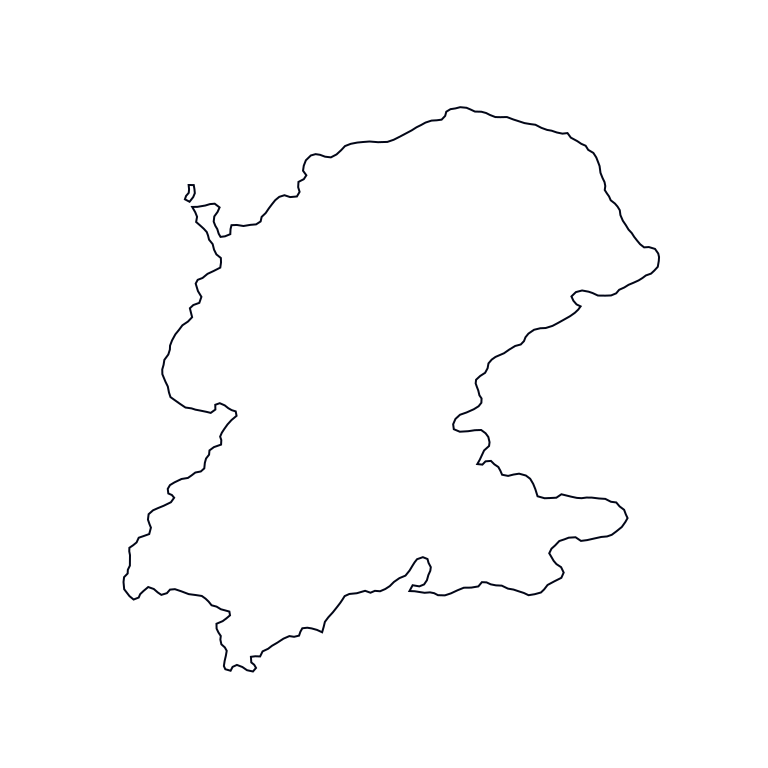 Ferros, Minas Gerais, Brazil, rotated 259°
{"feature_id": "56859067B7555169296661", "entity_name": "Ferros", "entity_type": "district", "adm_level": 2, "iso_a3": "BRA", "parent_name": "Brazil", "parent_adm1": "Minas Gerais", "projection": "equal_earth", "projection_center": [-42.959, -19.247], "detail": "fine", "context": "isolated", "style": "outline", "palette": "ink", "viewbox_px": 768, "rotation_deg": 259, "n_neighbors": 0, "source": "geoboundaries", "source_scale": "gbopen_adm2", "svg_char_len": 6062}
<svg xmlns="http://www.w3.org/2000/svg" viewBox="0 0 768 768"><g transform="rotate(259 384 384)"><path d="M570.9,633.6L574.9,629.1L579.4,627.4L582.1,623.5L585.5,620.1L590.2,614.4L595.3,612.0L595.7,607.0L597.9,601.7L600.7,596.8L602.3,592.6L605.4,587.4L609.6,582.1L611.1,577.6L613.3,571.7L616.8,565.4L619.0,561.4L622.6,555.6L623.7,549.2L624.8,544.2L627.9,539.3L630.5,536.0L632.7,531.5L634.1,525.2L636.9,521.4L639.4,517.7L641.2,511.6L640.9,506.7L641.1,501.7L639.4,497.1L635.5,495.2L632.5,491.0L632.8,486.1L633.5,480.9L632.7,474.6L631.1,469.7L629.8,464.9L627.7,459.6L625.9,453.7L623.6,446.1L621.9,440.1L621.0,433.5L622.5,424.3L624.8,416.1L625.6,409.1L626.1,403.8L626.1,397.2L625.0,391.1L621.8,386.7L618.4,381.2L616.6,375.1L618.4,369.5L621.2,364.9L622.7,360.7L622.3,355.8L618.5,350.0L613.6,346.9L608.8,345.2L603.7,347.6L600.4,344.4L598.7,338.6L593.6,337.3L588.7,337.8L584.7,334.3L585.4,327.5L588.3,322.3L587.7,316.9L585.2,312.3L581.8,308.3L578.3,304.4L574.4,300.5L571.4,295.8L567.1,293.9L565.1,288.9L565.7,283.3L565.9,276.2L568.2,269.9L569.0,264.6L565.3,262.9L560.4,261.7L559.3,256.1L559.6,251.6L563.1,250.4L567.9,249.9L571.5,248.6L575.9,247.8L580.9,249.4L584.6,253.4L588.7,256.3L593.3,252.2L593.8,247.5L593.3,242.6L593.5,234.7L594.4,229.5L588.6,231.5L583.8,232.4L578.9,230.5L574.8,233.7L570.8,236.7L567.0,239.0L563.3,239.6L559.1,239.8L554.0,242.5L548.3,242.8L543.2,244.2L538.8,247.9L534.4,247.2L529.5,245.5L527.4,238.2L525.8,231.8L522.7,226.1L521.8,221.0L518.5,218.3L510.7,219.1L504.4,221.4L498.9,218.2L497.9,211.9L495.4,207.9L491.1,208.1L486.2,208.4L482.7,203.5L480.1,197.3L476.1,192.9L472.6,188.7L467.3,184.3L462.5,181.3L458.7,180.4L454.1,177.9L449.6,173.0L444.9,171.3L440.6,169.1L435.9,168.3L431.9,169.1L428.0,169.9L422.8,171.3L416.7,171.3L411.9,171.9L408.1,175.5L403.8,179.6L398.8,184.6L396.8,190.4L394.8,194.0L392.8,199.0L390.5,204.5L388.7,208.4L391.1,213.6L395.8,214.4L396.5,219.1L393.4,223.6L390.0,226.5L387.4,229.5L385.4,233.2L380.9,233.2L377.7,227.4L374.2,222.7L370.2,218.5L367.1,215.5L363.6,213.1L360.0,213.6L355.6,212.5L354.5,205.0L352.1,200.0L348.0,198.8L344.8,195.1L340.8,193.1L335.5,191.5L333.1,187.5L333.1,181.9L331.1,177.9L329.2,173.6L329.4,167.1L327.4,159.5L325.6,154.6L322.3,151.7L317.7,151.4L315.5,154.6L312.4,156.3L308.6,152.3L306.5,144.5L305.3,138.4L304.1,133.2L301.1,128.1L295.9,126.4L290.9,127.1L287.5,127.8L281.5,124.9L280.6,119.0L279.9,113.9L275.7,110.9L273.6,107.0L271.8,102.8L268.3,102.0L264.5,102.0L259.6,101.0L254.2,99.9L250.5,97.1L246.9,96.2L244.0,92.0L239.3,90.5L232.1,89.8L228.1,91.8L224.3,93.7L220.2,97.1L221.2,102.5L224.2,104.5L226.7,108.4L229.7,113.8L226.7,118.9L222.5,122.2L219.5,125.2L220.1,131.0L223.0,134.7L222.5,139.6L219.1,145.6L215.0,152.2L212.8,158.8L210.7,164.7L207.3,167.9L203.9,170.3L199.7,172.5L197.4,177.2L194.0,180.9L192.1,184.8L190.1,188.8L186.3,188.7L184.2,184.9L182.0,180.4L180.6,173.8L175.8,173.0L171.6,174.1L167.8,175.7L164.3,174.6L159.5,174.7L155.8,177.5L152.1,178.7L147.4,176.9L142.5,174.7L137.7,173.0L134.3,173.8L131.8,178.7L135.2,181.4L136.3,186.0L133.2,191.0L129.2,194.9L126.8,200.5L129.7,204.2L133.2,203.0L136.0,200.6L141.6,201.3L141.3,205.7L140.2,210.4L144.7,213.8L146.2,219.7L148.4,224.1L150.2,229.3L153.2,236.7L154.6,243.0L153.0,247.5L153.2,252.6L156.7,254.6L159.8,257.2L159.4,262.2L157.9,266.3L155.4,271.3L152.1,275.9L157.0,278.4L161.8,280.6L165.6,284.8L169.6,290.2L174.4,295.8L177.5,299.3L180.4,302.2L183.3,304.9L184.5,309.9L183.8,317.4L184.6,326.0L181.7,330.9L182.7,335.6L181.3,340.6L182.5,346.1L184.5,351.1L187.8,356.0L190.5,362.1L191.8,368.5L196.0,373.5L200.0,377.1L203.1,380.0L205.7,383.0L206.6,389.1L203.9,393.3L199.9,393.6L195.3,395.0L191.8,393.8L188.0,391.1L183.2,388.7L179.6,385.1L178.6,380.1L181.0,373.7L175.9,369.5L174.7,374.6L172.8,379.8L171.3,384.0L170.7,389.4L169.1,393.3L166.4,396.7L164.9,403.4L165.7,409.7L167.5,416.9L168.8,423.5L167.5,430.7L167.3,438.0L170.8,442.3L169.7,446.8L167.0,450.5L165.0,455.4L163.6,461.1L159.5,466.6L157.5,471.9L154.9,476.5L152.2,481.4L149.1,485.6L148.9,491.8L149.4,498.3L151.8,502.0L155.5,506.2L157.8,513.6L159.9,521.1L164.6,524.4L170.4,522.9L174.3,518.9L178.0,516.8L181.5,515.6L186.3,513.9L190.4,517.0L192.9,521.2L196.4,526.1L197.1,531.5L197.9,536.0L197.0,542.8L192.4,547.4L192.0,553.6L192.2,560.2L192.4,568.1L191.8,573.9L192.5,578.8L195.0,584.0L198.3,590.2L202.5,594.6L205.9,597.5L209.9,596.5L214.7,595.7L218.9,591.9L223.4,589.4L225.1,584.3L229.0,579.3L230.6,573.2L232.8,566.4L233.9,561.1L234.2,556.2L235.4,551.6L237.7,546.2L240.1,541.0L241.9,537.1L239.5,531.5L240.4,525.1L241.2,519.9L244.5,513.3L251.8,512.5L257.5,511.4L263.1,509.4L267.1,505.8L270.2,499.5L270.4,493.9L270.1,488.3L272.4,482.6L276.6,481.7L280.7,480.4L284.1,477.0L288.1,474.3L288.7,468.9L286.1,465.2L287.6,460.3L291.3,463.5L295.3,466.4L299.7,469.6L303.1,475.3L306.7,476.5L312.1,476.3L316.3,474.3L320.3,470.6L321.3,464.4L321.6,457.6L322.7,449.3L326.3,443.9L331.3,444.2L336.1,447.5L339.3,452.7L340.3,459.6L342.1,467.4L344.1,472.6L347.0,476.0L351.2,477.0L354.7,475.5L359.6,475.3L363.6,474.6L367.1,474.1L370.6,475.2L373.5,479.9L375.7,485.4L379.7,488.7L384.3,490.5L387.4,494.4L389.3,498.6L390.3,503.1L391.3,507.7L393.8,513.3L396.3,520.0L396.7,525.8L399.4,529.6L402.9,531.8L405.9,535.4L408.6,541.6L408.9,548.1L408.1,553.4L408.9,560.5L410.6,566.1L412.5,571.9L415.0,579.4L417.5,585.0L420.0,588.9L422.7,591.8L425.4,588.2L429.6,585.8L434.2,584.7L437.6,589.9L438.0,596.3L435.6,602.4L433.5,606.1L430.0,610.9L428.5,618.1L427.6,623.8L428.7,629.2L431.6,632.8L432.9,638.3L434.7,643.0L435.8,648.3L437.1,653.7L438.7,657.9L440.6,661.8L441.4,667.2L443.7,670.9L446.8,675.1L452.3,677.2L456.1,678.2L459.7,678.1L464.9,675.8L467.9,670.1L468.5,665.4L472.3,662.1L476.5,659.8L480.6,657.7L484.9,656.0L488.9,653.5L493.8,651.7L498.7,649.6L504.7,648.3L509.6,648.6L513.6,647.1L517.1,645.1L521.1,641.6L525.2,640.7L528.5,639.2L532.3,637.7L536.1,639.0L540.1,639.0L544.7,637.8L550.0,636.8L556.8,637.2L560.4,636.6L565.9,635.6L570.9,633.6ZM616.6,230.2L612.3,229.8L608.9,228.8L606.4,225.6L603.3,223.8L600.0,227.9L603.9,232.4L607.4,234.7L611.4,235.1L615.6,235.2L616.6,230.2Z" fill="none" stroke="#020617" stroke-width="2"/></g></svg>